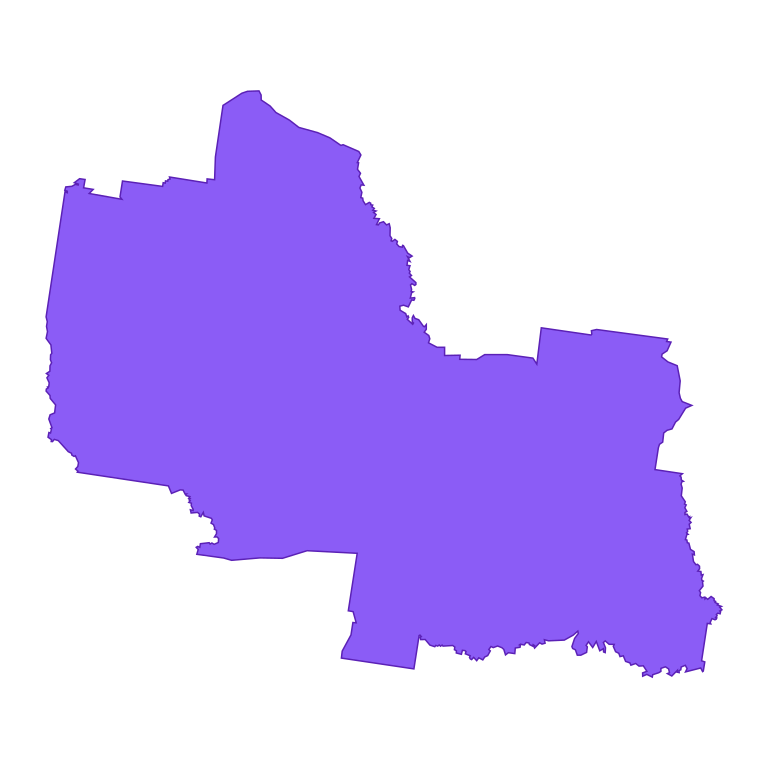 the district of Golden Plains, Victoria, Australia
{"feature_id": "25037944B31372279830401", "entity_name": "Golden Plains", "entity_type": "district", "adm_level": 2, "iso_a3": "AUS", "parent_name": "Australia", "parent_adm1": "Victoria", "projection": "natural_earth1", "projection_center": [143.959, -37.852], "detail": "fine", "context": "isolated", "style": "filled", "palette": "violet", "viewbox_px": 768, "rotation_deg": 0, "n_neighbors": 0, "source": "geoboundaries", "source_scale": "gbopen_adm2", "svg_char_len": 6065}
<svg xmlns="http://www.w3.org/2000/svg" viewBox="0 0 768 768"><path d="M223.0,105.4L215.4,157.0L214.6,179.7L207.1,178.9L206.9,183.0L169.5,177.0L170.1,179.0L168.0,179.6L167.7,181.2L165.5,180.9L165.2,183.1L163.2,182.7L162.6,186.4L122.5,181.0L120.0,196.9L121.9,199.3L89.2,193.5L93.2,189.4L83.6,187.8L85.1,179.5L79.6,178.7L74.3,182.7L78.4,184.1L78.2,185.0L75.3,184.4L71.9,186.3L65.8,186.9L64.8,190.3L67.3,191.2L67.3,192.7L65.0,191.8L46.1,316.9L47.3,321.7L46.5,326.4L47.5,331.6L46.1,338.3L50.9,344.9L51.8,353.3L50.6,354.8L50.4,359.6L51.6,362.8L50.0,365.8L49.9,371.2L46.4,373.5L48.8,375.3L46.9,377.8L49.2,382.8L48.7,386.7L47.5,387.0L48.1,387.9L46.3,389.1L46.1,391.1L50.0,395.5L50.2,398.4L55.6,404.9L54.6,412.9L50.1,414.8L48.8,419.0L52.0,427.8L50.7,428.5L51.4,429.5L50.5,433.0L48.9,432.5L48.0,437.2L51.5,439.7L51.2,441.5L52.5,441.6L54.3,439.4L58.3,440.6L68.3,451.7L71.5,453.3L71.8,455.0L74.0,456.4L75.4,455.8L78.5,462.7L77.8,466.5L75.5,469.0L77.9,471.1L77.3,472.2L168.4,485.9L171.5,493.4L180.2,489.9L183.1,490.1L185.0,493.9L186.4,494.0L185.5,494.6L186.3,495.7L189.9,496.6L188.7,498.4L190.1,498.6L189.1,499.9L190.2,500.7L188.8,502.4L191.4,503.2L191.2,505.6L193.2,509.4L193.1,510.5L190.4,509.8L191.1,513.0L197.6,512.4L199.5,514.1L199.2,516.1L200.8,516.8L203.3,512.4L204.1,515.9L211.3,518.3L212.3,519.8L211.0,523.1L213.5,524.6L214.8,528.1L214.3,529.1L216.5,530.4L216.5,533.7L214.5,537.0L216.9,536.9L218.6,538.5L218.3,542.5L214.1,544.3L211.9,543.0L210.1,544.0L209.2,542.7L200.4,543.7L199.8,547.3L197.7,546.4L196.2,547.3L198.2,549.5L196.8,554.3L223.6,558.0L231.6,560.3L259.9,557.9L282.5,558.3L307.1,550.7L357.2,553.3L348.3,610.8L353.1,611.6L356.2,622.8L352.9,622.5L351.0,634.9L342.2,651.1L341.4,658.1L413.9,668.9L419.1,635.5L420.0,635.1L421.3,636.6L420.2,637.2L420.7,639.6L425.2,639.5L429.9,645.1L434.8,646.7L435.8,645.4L437.7,646.1L439.2,645.0L440.5,646.2L442.1,645.1L443.0,646.1L452.7,645.5L454.8,647.0L454.4,649.7L456.4,650.7L456.3,653.0L461.4,654.3L462.4,650.3L464.9,650.6L466.0,651.5L465.3,653.8L470.2,655.8L469.5,657.4L470.3,658.9L471.6,659.6L473.7,657.4L476.7,660.7L478.8,657.8L482.8,659.9L484.7,657.0L487.7,655.6L490.3,650.9L488.8,649.5L491.0,646.5L493.2,647.6L497.6,646.0L501.9,647.7L503.8,649.4L505.5,654.9L508.4,652.7L514.8,653.6L515.3,648.0L520.0,647.3L520.4,645.2L519.5,644.9L520.4,644.2L524.2,645.0L526.2,642.5L529.0,643.0L529.4,644.5L532.6,646.1L533.1,644.6L534.5,645.6L533.7,646.2L534.6,648.1L539.6,642.8L542.0,644.1L545.1,643.2L544.4,639.7L548.5,640.8L564.3,640.1L573.1,635.2L577.8,631.1L578.3,633.5L574.6,638.4L571.9,646.6L572.7,648.5L575.4,649.8L577.3,655.2L580.8,655.2L586.6,652.4L587.3,646.8L586.1,645.4L588.5,641.8L592.7,647.5L596.3,641.5L599.8,650.8L603.3,648.7L603.6,652.0L605.2,652.6L605.5,647.8L603.4,642.5L605.2,640.9L609.1,644.3L614.2,644.4L613.3,646.4L615.6,651.7L618.8,653.3L620.0,656.6L623.3,655.8L625.6,661.4L629.9,662.9L630.9,665.2L635.7,663.5L639.0,666.1L643.3,665.8L646.9,671.3L642.6,672.9L642.7,676.2L646.8,674.4L652.3,677.1L652.7,674.7L658.8,672.7L660.9,671.4L660.9,668.4L665.4,666.8L668.6,668.9L669.5,672.7L667.4,673.6L671.8,676.0L677.3,670.4L677.1,672.2L679.2,672.6L679.0,670.6L680.8,669.8L681.2,667.0L685.3,665.3L687.1,668.6L685.5,671.9L700.7,668.0L702.6,671.6L703.3,671.1L704.8,661.9L701.6,660.8L707.3,623.4L710.8,623.9L710.2,622.4L712.0,618.6L715.0,619.8L716.3,619.1L716.8,617.9L715.6,617.6L717.1,615.7L716.4,614.5L717.8,613.2L720.1,613.8L720.6,611.6L719.8,611.0L721.9,609.8L719.7,607.2L721.4,606.4L717.3,604.9L718.2,603.9L715.1,602.5L715.6,601.4L714.1,600.7L714.1,598.6L711.1,596.5L707.7,599.3L706.0,597.9L705.0,598.9L704.8,597.1L701.8,597.8L699.9,595.6L700.6,592.6L699.3,590.7L703.0,586.1L702.5,581.8L703.3,581.1L701.8,580.2L701.6,578.4L703.0,574.6L701.3,575.0L700.9,571.5L697.8,571.1L699.6,568.7L699.5,566.2L697.5,564.3L695.9,564.7L693.5,561.5L692.4,554.2L694.4,554.9L694.1,551.6L690.5,549.4L688.9,543.1L687.3,542.7L686.9,540.0L685.4,539.6L686.9,534.4L688.0,534.3L686.5,532.8L687.7,531.4L687.2,529.1L690.2,528.7L689.2,524.2L691.1,522.4L689.1,520.4L690.7,517.9L689.7,518.4L689.7,516.7L688.9,517.2L687.0,514.1L685.0,514.5L685.0,512.4L686.9,511.4L684.8,507.7L686.2,504.9L684.5,504.0L685.3,501.8L681.3,495.8L682.2,488.0L681.1,484.2L681.9,481.7L683.4,481.3L681.3,479.9L681.1,477.1L679.9,475.9L682.4,473.7L655.0,469.6L658.4,447.7L659.5,444.3L662.7,442.1L663.7,433.0L667.1,430.3L672.0,428.9L675.5,422.1L678.7,419.4L685.6,408.2L691.8,405.4L682.2,401.6L680.4,398.3L679.1,392.7L680.2,380.9L677.2,365.7L667.9,361.9L661.6,356.9L662.1,354.1L667.1,350.8L671.0,342.1L666.6,341.5L667.7,339.0L596.6,329.5L591.4,330.7L591.8,334.1L591.0,335.0L541.3,327.8L536.8,364.1L532.9,358.1L507.2,354.6L484.7,354.6L476.7,359.5L459.7,359.3L460.1,355.2L444.6,355.5L444.6,347.3L437.1,347.3L428.5,342.8L429.8,338.8L428.8,335.5L424.2,332.2L426.3,329.3L426.3,324.6L424.5,326.7L423.5,326.4L418.7,319.7L415.0,318.4L413.4,315.5L412.2,317.9L412.3,321.8L413.5,323.0L412.7,324.3L407.3,319.3L408.7,317.3L408.1,315.9L406.8,316.8L405.7,313.6L400.1,310.2L399.8,306.2L403.5,305.2L408.3,306.9L411.6,300.0L413.9,300.3L414.8,298.5L414.6,297.6L410.3,298.1L411.6,292.7L413.1,291.9L411.1,291.5L411.6,289.4L410.5,285.0L411.9,283.7L414.7,285.4L415.9,284.5L415.9,282.6L409.5,276.9L411.5,275.5L409.3,273.1L410.1,271.5L408.8,269.6L410.0,265.7L407.0,265.3L407.6,260.4L410.0,261.4L407.5,256.7L409.5,257.7L412.1,256.1L407.7,253.1L403.4,245.6L402.6,245.4L402.2,247.2L399.0,246.5L396.7,243.9L397.4,241.4L394.9,239.4L392.3,241.3L391.1,240.8L391.8,238.5L390.0,235.7L390.2,227.8L389.2,223.7L386.5,224.9L383.5,221.7L379.7,222.9L378.3,224.9L376.5,224.6L379.4,218.7L373.9,218.3L376.1,214.5L373.6,212.5L376.0,211.0L372.8,210.3L374.3,208.4L371.9,206.9L372.7,205.1L370.7,204.7L370.7,203.2L369.3,202.4L365.5,204.6L363.1,200.8L362.7,198.1L360.8,197.6L361.9,192.3L359.9,188.0L361.2,184.9L363.9,185.2L359.0,176.5L360.5,173.3L357.5,169.3L358.6,162.8L357.3,162.6L360.9,155.0L358.8,151.5L343.1,144.7L340.9,145.4L330.0,137.9L317.8,132.7L298.8,127.4L289.4,120.1L275.9,112.5L270.1,106.0L261.2,100.0L261.1,95.0L259.0,90.9L247.5,91.3L241.9,93.2L223.0,105.4Z" fill="#8b5cf6" stroke="#5b21b6" stroke-width="1.5"/></svg>